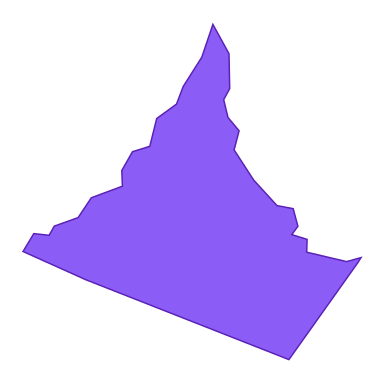 outline of Greene, Virginia, United States of America
{"feature_id": "52423323B83687040652424", "entity_name": "Greene", "entity_type": "district", "adm_level": 2, "iso_a3": "USA", "parent_name": "United States of America", "parent_adm1": "Virginia", "projection": "orthographic", "projection_center": [-78.466, 38.33], "detail": "fine", "context": "isolated", "style": "filled", "palette": "violet", "viewbox_px": 384, "rotation_deg": 0, "n_neighbors": 0, "source": "geoboundaries", "source_scale": "gbopen_adm2", "svg_char_len": 526}
<svg xmlns="http://www.w3.org/2000/svg" viewBox="0 0 384 384"><path d="M183.2,86.5L176.5,104.1L156.7,118.5L149.8,146.3L132.5,151.7L121.8,170.5L122.4,186.2L91.4,197.7L78.1,217.6L54.3,226.1L49.1,235.3L33.8,233.6L23.0,251.5L85.7,279.7L288.9,359.6L357.9,262.6L361.0,257.6L346.6,261.6L306.7,252.2L307.1,239.4L291.8,234.6L297.9,226.3L293.2,208.7L277.0,205.6L253.7,180.1L234.1,149.9L239.1,130.8L228.0,117.5L223.7,99.7L229.7,88.6L229.0,53.7L212.9,24.4L201.8,57.2L183.2,86.5Z" fill="#8b5cf6" stroke="#5b21b6" stroke-width="1.5"/></svg>